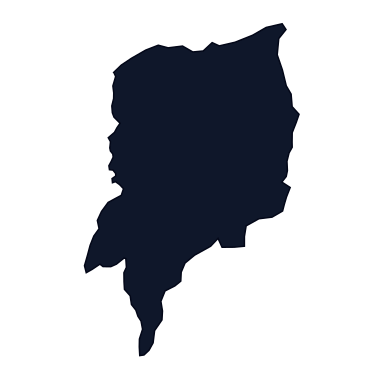 Akoursos, Paphos, Cyprus, rotated 353°
{"feature_id": "46923920B92480044659447", "entity_name": "Akoursos", "entity_type": "district", "adm_level": 2, "iso_a3": "CYP", "parent_name": "Cyprus", "parent_adm1": "Paphos", "projection": "orthographic", "projection_center": [32.419, 34.879], "detail": "fine", "context": "isolated", "style": "filled", "palette": "ink", "viewbox_px": 384, "rotation_deg": 353, "n_neighbors": 0, "source": "geoboundaries", "source_scale": "gbopen_adm2", "svg_char_len": 1562}
<svg xmlns="http://www.w3.org/2000/svg" viewBox="0 0 384 384"><g transform="rotate(353 192 192)"><path d="M120.2,348.0L124.5,347.9L130.0,343.9L135.0,337.0L138.0,325.0L146.6,315.3L148.2,306.5L147.8,296.7L153.2,286.9L163.6,283.1L170.0,279.1L171.5,270.3L176.4,261.7L186.9,255.0L203.9,248.1L212.2,241.2L215.1,250.5L227.4,251.9L237.4,252.2L238.6,242.6L241.6,232.2L255.1,226.7L268.4,226.7L279.6,221.9L282.2,215.3L285.2,208.4L290.0,199.5L282.4,193.1L287.4,188.1L289.3,182.4L290.0,173.1L293.1,165.0L296.9,159.8L297.4,154.7L298.7,145.3L304.0,135.5L307.7,127.9L301.8,119.5L302.3,106.9L298.5,98.1L296.6,81.9L293.3,66.2L296.8,50.3L305.1,42.2L302.0,36.0L285.7,37.7L271.2,43.8L253.0,48.6L236.9,50.3L230.2,46.2L220.3,53.4L209.9,53.1L200.4,46.0L185.9,46.0L176.4,42.2L163.4,45.5L148.2,51.9L137.3,57.4L128.8,63.8L129.1,64.2L130.3,68.0L126.4,77.1L126.4,84.1L125.6,89.7L122.9,96.8L122.6,103.6L123.7,108.2L129.0,115.0L125.5,118.9L122.3,123.4L115.5,127.9L117.2,132.1L116.7,134.4L115.8,138.2L116.0,141.3L118.0,144.6L118.0,147.8L115.6,151.7L112.7,155.8L112.8,159.8L116.2,160.6L118.5,164.4L118.2,166.9L114.3,168.9L114.2,173.1L117.3,172.4L121.0,175.8L124.4,180.4L121.4,186.7L115.9,188.8L107.5,192.1L99.8,200.3L94.6,208.7L95.3,217.1L89.2,223.7L84.4,232.5L80.7,241.7L76.3,252.1L77.2,259.2L83.3,256.7L91.8,252.4L94.6,255.2L102.3,256.2L108.2,254.4L116.5,249.3L118.2,250.0L117.7,258.8L114.6,263.8L113.6,272.7L113.1,280.4L118.0,287.5L118.2,296.3L121.9,302.4L123.2,308.8L125.7,313.9L126.2,322.2L121.9,331.5L120.8,339.3L120.2,348.0Z" fill="#0f172a" stroke="#020617" stroke-width="1.5"/></g></svg>